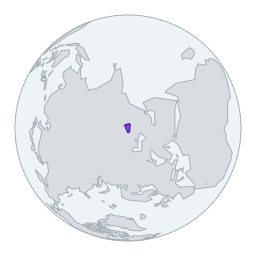 Mary highlighted on a globe, orthographic projection, rotated 202°
{"feature_id": "TKM-360", "entity_name": "Mary", "entity_type": "Province", "adm_level": 1, "iso_a3": "TKM", "parent_name": "Turkmenistan", "parent_adm1": "", "projection": "orthographic", "projection_center": [62.192, 37.327], "detail": "fine", "context": "on_globe", "style": "filled", "palette": "violet", "viewbox_px": 256, "rotation_deg": 202, "n_neighbors": 0, "source": "natural_earth", "source_scale": "10m", "svg_char_len": 11464}
<svg xmlns="http://www.w3.org/2000/svg" viewBox="0 0 256 256"><g transform="rotate(202 128 128)"><circle cx="128" cy="128" r="113" fill="#eef3f6" stroke="#a8b0b8"/><path d="M140.8,16.1L144.7,17.3L154.8,20.8L160.2,22.0L157.3,21.9L169.0,24.8L175.9,28.0L166.8,24.3L164.8,24.0L168.8,26.0L167.6,26.2L168.9,27.3L167.2,27.4L161.9,25.6L160.7,25.7L163.6,27.2L163.7,28.4L159.6,26.2L159.3,28.2L150.5,26.1L141.0,21.1L134.7,21.1L121.3,19.4L121.1,20.1L115.9,20.2L113.8,21.2L111.9,20.9L111.9,22.0L114.0,22.1L114.7,22.7L113.7,23.4L111.1,23.0L111.2,22.6L109.9,22.8L109.1,22.4L108.9,23.0L105.9,22.6L107.3,24.0L103.6,24.6L102.0,24.1L104.2,22.8L106.1,19.3L105.2,18.9L101.6,19.3L90.6,22.7L88.7,23.0L84.7,24.4L84.7,24.7L87.9,23.8L87.0,25.0L91.1,24.0L91.3,24.5L94.6,24.3L91.8,25.8L87.4,27.6L84.5,27.9L82.4,28.8L83.3,29.9L76.2,32.3L68.5,37.1L66.9,37.7L67.1,35.8L71.7,31.9L71.9,30.6L69.5,33.2L65.5,35.1L63.9,36.3L62.8,37.3L63.4,37.3L61.5,38.5L63.3,36.1L65.0,35.0L64.4,35.7L66.5,34.0L67.7,32.9L65.6,34.2L65.8,34.1L72.5,30.0L79.5,26.3L86.7,23.2L94.1,20.6L101.7,18.5L109.4,16.9L117.2,15.9L125.1,15.4L132.9,15.5L140.8,16.1ZM145.7,16.8L143.9,16.6L144.0,16.5L145.0,16.7L145.7,16.8ZM164.3,23.1L162.0,22.2L164.7,23.1L164.3,23.1ZM169.4,27.5L170.4,27.8L170.6,28.3L169.4,27.5ZM95.9,23.5L95.2,23.8L94.9,23.7L95.9,23.5ZM97.9,23.1L98.0,22.6L99.0,22.3L98.9,22.6L97.9,23.1ZM168.2,29.0L168.2,29.9L167.3,28.6L168.2,29.0ZM97.5,23.8L100.7,22.0L102.5,21.6L103.5,22.5L97.5,23.8ZM167.7,30.2L167.8,32.6L170.1,33.4L163.8,33.0L165.7,30.8L164.2,29.1L166.2,30.1L167.7,30.2ZM115.2,21.9L112.8,21.8L115.7,21.3L115.2,21.9ZM116.9,21.5L124.8,19.7L127.7,20.4L124.4,20.8L129.0,21.4L126.5,22.6L123.5,22.5L122.1,21.8L122.2,22.9L116.9,21.5ZM160.2,32.5L159.5,32.9L159.3,32.1L160.2,32.5ZM115.2,22.9L116.6,22.4L119.2,23.0L117.0,24.1L116.9,23.5L115.2,22.9ZM131.4,21.1L133.0,21.8L131.4,23.0L131.8,23.4L126.7,22.7L131.4,21.1ZM115.7,23.8L115.8,24.7L113.6,25.1L114.1,23.5L115.7,23.8ZM120.8,22.7L122.0,23.0L120.6,23.2L120.8,22.7ZM105.9,27.3L107.5,26.5L109.0,26.7L105.9,27.3ZM116.0,25.0L116.7,24.9L117.5,24.9L117.1,25.6L116.0,25.0ZM126.0,23.6L125.0,24.0L128.0,24.0L126.9,25.0L123.7,24.4L124.6,25.0L124.3,25.4L122.1,24.5L126.0,23.6ZM119.0,26.5L114.6,26.3L111.4,27.7L110.0,27.5L115.4,25.4L119.0,26.5ZM121.0,25.4L119.4,26.0L118.5,25.4L118.9,24.6L121.0,25.4ZM127.3,25.9L129.8,24.5L130.4,24.7L127.3,25.9ZM118.3,27.0L119.3,27.0L118.2,27.2L118.3,27.0ZM124.8,26.3L125.5,25.8L126.2,26.0L124.8,26.3ZM120.9,27.7L119.4,27.6L119.7,27.0L120.9,27.7ZM122.8,27.1L123.5,27.6L120.7,26.8L123.0,26.8L122.8,27.1ZM125.3,26.6L125.9,26.6L124.8,26.8L125.3,26.6ZM120.7,30.1L117.0,29.3L117.6,27.9L121.1,28.9L120.7,30.1ZM20.6,136.1L20.8,116.9L23.1,113.3L25.3,106.5L43.2,96.3L45.0,100.6L56.8,106.6L57.9,108.5L54.4,113.3L61.5,125.9L66.4,123.0L74.9,131.1L82.0,133.4L88.3,123.8L76.8,119.7L76.9,113.7L87.8,112.6L98.3,116.5L98.7,114.3L93.8,107.8L98.0,104.9L92.4,105.3L93.3,107.9L89.8,108.4L88.7,106.0L90.2,105.0L87.6,103.0L81.0,108.8L81.3,112.2L73.2,110.3L72.9,115.8L70.1,117.1L69.6,108.4L71.0,105.9L68.6,95.1L66.4,97.5L68.5,107.9L67.0,106.4L64.0,110.2L65.2,106.2L63.4,94.5L57.4,92.5L46.6,98.2L43.7,96.5L42.7,92.0L49.9,82.7L55.5,87.6L58.1,84.8L59.7,78.5L61.2,80.7L62.6,78.9L64.9,80.6L71.0,78.4L73.8,79.8L78.7,74.8L80.9,74.9L77.3,77.8L76.4,80.7L83.7,84.4L85.9,83.9L88.5,80.5L90.2,82.1L91.8,78.3L97.3,79.0L92.0,75.1L94.9,71.4L99.6,69.8L99.6,68.0L91.9,70.7L89.8,72.5L89.4,75.1L82.6,80.0L79.5,79.6L83.0,72.3L79.0,71.2L83.5,66.3L101.5,61.2L107.7,61.5L112.4,69.7L109.5,71.6L106.3,69.5L106.9,74.8L108.0,72.7L109.4,74.3L112.6,71.5L113.7,72.4L114.8,68.3L116.5,69.1L115.8,71.8L122.0,68.8L126.4,70.0L127.2,69.0L126.9,67.4L132.6,70.2L133.0,69.3L131.3,68.0L130.9,65.4L132.4,62.1L134.3,63.2L134.0,64.6L136.2,69.3L135.1,73.1L136.1,73.2L137.5,70.3L134.8,64.4L135.2,62.1L136.9,64.6L136.3,63.5L137.1,62.7L139.7,63.1L138.0,60.3L144.1,51.3L149.7,51.4L150.5,54.5L156.8,50.3L162.6,51.4L161.0,50.2L162.9,47.7L161.2,47.3L160.5,46.5L164.7,40.7L167.1,40.5L167.1,37.1L166.2,36.6L164.4,36.5L163.8,33.0L170.1,33.4L171.7,34.6L174.6,34.3L177.8,37.3L181.7,39.9L183.4,43.8L186.4,45.7L187.2,45.4L191.9,48.0L198.6,54.9L189.6,50.6L178.7,41.8L182.9,45.4L180.9,45.1L181.7,46.8L184.7,49.4L185.7,49.4L185.1,57.3L190.2,66.4L192.4,63.9L195.8,65.0L203.5,74.6L206.7,92.6L211.2,95.5L212.8,98.4L211.8,101.9L209.4,97.6L206.6,97.5L205.5,94.8L203.0,99.2L201.3,95.5L200.2,101.1L202.8,103.3L205.6,100.5L205.4,107.3L210.8,110.3L213.5,116.2L211.7,130.6L206.7,137.4L206.8,139.5L203.7,138.7L201.2,144.2L208.3,152.4L208.7,155.5L203.9,164.0L203.5,161.9L195.3,159.7L195.0,167.4L201.2,170.9L203.4,176.7L199.1,176.6L196.7,171.5L193.8,170.5L193.8,164.0L189.8,155.5L185.4,158.9L184.9,154.9L178.7,148.3L171.9,152.9L161.7,165.9L161.6,175.9L157.5,180.8L149.3,167.7L147.0,157.9L143.2,159.2L135.4,151.1L119.5,150.4L118.0,147.6L114.9,148.7L109.6,145.5L107.6,140.8L104.0,140.6L109.4,152.9L113.4,153.1L117.8,149.0L118.4,153.2L123.7,157.1L115.0,166.2L92.7,171.5L91.9,163.8L82.0,139.3L83.1,137.0L83.1,136.7L83.0,136.2L80.7,139.7L79.5,134.8L83.3,151.7L83.4,158.2L92.4,171.9L91.2,172.8L94.5,175.8L106.8,174.9L106.6,177.3L100.0,187.4L84.2,198.0L87.1,207.1L87.3,213.6L79.2,215.4L81.8,220.3L77.9,220.4L78.8,222.7L76.7,223.8L72.5,223.6L63.5,219.1L61.4,216.9L54.7,210.3L44.7,195.3L45.4,190.9L44.0,185.7L37.6,170.5L38.9,164.8L37.5,160.9L34.6,159.1L33.2,154.3L31.5,152.7L22.3,144.3L20.6,136.1ZM34.8,104.4L33.8,106.2L33.7,106.3L34.8,104.4ZM107.9,126.1L115.1,127.7L114.3,120.4L117.0,120.4L115.7,118.0L114.2,119.8L111.4,113.3L115.4,111.8L115.8,108.8L113.4,108.1L106.6,112.0L110.4,121.1L107.8,123.6L107.9,126.1ZM65.4,35.2L65.2,35.5L63.8,36.6L63.9,36.3L65.4,35.2ZM60.9,41.1L58.1,42.9L60.2,41.3L59.8,41.0L63.7,37.5L66.3,37.8L64.4,38.2L60.9,41.1ZM69.6,33.4L66.9,35.3L69.8,33.2L69.6,33.4ZM67.6,68.0L67.5,70.0L65.3,71.5L61.7,70.5L64.9,68.2L67.6,68.0ZM67.9,72.4L72.4,65.8L74.8,66.4L72.7,67.2L73.8,68.2L70.7,69.7L68.6,77.1L66.5,79.0L61.1,75.6L64.0,75.6L63.9,73.5L67.9,72.4ZM79.6,50.3L81.6,48.1L84.2,52.2L82.1,53.8L78.4,52.7L78.7,50.2L79.6,50.3ZM98.8,26.0L99.3,25.4L100.1,25.4L100.2,26.0L98.8,26.0ZM106.5,26.9L97.0,28.9L97.1,28.3L91.3,30.6L89.5,29.8L93.4,28.3L87.6,29.6L90.4,27.9L86.4,29.0L95.2,25.7L97.4,24.4L95.6,26.1L97.2,26.8L98.5,26.7L104.0,25.7L109.6,23.6L112.1,24.2L112.3,25.2L111.4,25.8L110.1,25.2L109.7,26.4L107.1,26.0L106.5,26.9ZM113.8,40.2L112.8,38.6L111.6,42.2L109.0,41.3L109.0,41.8L106.2,42.0L103.0,43.2L102.1,42.5L101.2,43.3L99.4,43.6L97.8,44.5L95.7,43.7L93.7,44.7L93.9,43.7L90.9,45.9L92.2,44.0L89.9,44.3L89.9,46.0L82.2,40.6L78.1,40.3L73.9,41.2L76.6,38.1L82.2,35.5L88.8,33.8L92.4,34.7L93.0,33.3L94.9,33.4L93.7,34.4L96.7,32.9L97.9,33.3L103.8,32.5L107.4,30.3L109.7,30.1L108.9,31.2L111.6,30.3L111.6,32.2L113.2,32.2L114.8,34.2L112.4,36.5L114.3,36.3L115.6,38.0L113.8,40.2ZM121.0,30.7L118.6,33.4L116.0,34.3L114.3,30.4L112.9,30.2L111.7,28.0L115.5,26.9L115.5,27.5L116.4,28.0L114.8,28.2L116.7,28.3L116.7,29.3L118.2,29.8L117.0,30.5L121.0,30.7ZM60.5,107.5L61.6,108.5L63.6,109.4L61.8,111.9L60.5,107.5ZM59.1,99.6L60.3,99.9L58.7,103.6L57.6,102.7L59.1,99.6ZM62.4,97.1L60.5,99.7L60.9,97.7L62.4,97.1ZM78.6,78.0L80.0,78.2L79.6,79.1L78.2,80.1L78.6,78.0ZM109.8,51.8L109.6,50.5L110.4,50.3L112.1,47.5L114.2,48.1L113.9,50.0L109.8,51.8ZM85.6,124.9L82.7,126.3L82.0,124.9L83.1,124.7L85.6,124.9ZM71.1,119.1L73.7,121.9L70.5,119.8L71.1,119.1ZM112.4,52.0L112.8,50.7L113.6,51.8L112.4,52.0ZM115.8,48.4L116.9,49.5L114.6,47.9L115.8,48.4ZM136.7,240.0L138.2,240.1L136.3,240.2L136.7,240.0ZM105.9,216.1L101.4,225.6L96.2,224.7L94.1,221.5L95.0,215.5L100.7,214.6L103.2,211.8L105.9,216.1ZM220.9,179.8L222.7,178.6L222.5,179.0L220.9,179.8ZM219.1,180.0L221.3,178.4L218.6,181.2L219.1,180.0ZM222.1,177.8L224.3,175.1L225.3,173.7L225.0,174.7L222.1,177.8ZM217.6,181.2L208.4,187.0L204.5,188.1L205.6,186.2L211.9,183.0L217.6,181.2ZM205.3,186.3L199.1,185.2L189.2,176.4L192.8,175.3L202.9,178.9L202.3,180.5L206.0,181.9L205.3,186.3ZM219.5,170.1L218.9,174.4L214.0,177.4L211.6,178.2L210.1,174.1L211.0,171.0L212.9,169.9L219.5,156.1L222.0,156.6L220.3,161.9L222.2,164.0L219.5,170.1ZM162.2,176.7L165.3,181.9L162.9,183.2L162.2,176.7ZM221.4,147.7L219.3,153.7L220.9,146.5L221.4,147.7ZM221.9,141.4L222.4,143.4L221.0,142.2L221.9,141.4ZM207.5,142.5L205.4,144.2L205.0,142.7L207.4,139.7L207.5,142.5ZM215.6,121.3L217.0,125.8L217.1,127.5L215.5,125.5L215.6,121.3ZM130.8,57.2L126.0,60.2L124.0,63.2L125.0,65.9L121.5,63.5L124.7,58.9L130.8,57.2ZM142.3,51.8L141.4,49.7L143.1,49.9L143.5,50.4L142.3,51.8ZM140.8,51.0L137.2,49.7L137.5,48.1L140.3,49.4L140.8,51.0ZM124.6,50.5L123.1,51.3L122.5,50.3L124.6,50.5ZM207.0,208.3L204.3,210.9L202.2,212.5L204.7,210.0L206.8,205.9L207.6,205.3L209.5,201.5L218.6,191.6L225.7,179.6L228.5,176.5L232.0,168.0L234.1,164.5L232.2,170.1L232.8,169.2L229.0,177.8L224.5,186.1L219.3,194.0L213.5,201.4L207.0,208.3ZM235.6,161.2L237.1,155.9L236.9,157.0L235.6,161.2ZM225.2,176.2L227.9,171.0L229.1,169.5L225.2,176.2ZM238.7,148.7L237.6,153.7L235.8,158.1L236.6,155.3L236.7,153.2L234.1,156.8L233.6,156.0L234.7,153.1L232.7,154.7L235.0,150.6L235.7,152.9L236.9,148.0L238.4,145.3L239.4,143.1L239.7,142.9L239.5,144.0L239.4,144.7L238.7,148.7ZM234.5,158.7L234.8,158.1L234.4,159.7L234.5,158.7ZM229.8,161.9L229.6,163.1L228.9,163.1L229.8,161.9ZM230.7,160.3L232.7,158.8L230.5,161.4L230.7,160.3ZM223.5,163.8L224.3,165.6L226.7,161.9L224.8,165.8L226.2,168.3L225.5,170.3L224.2,167.5L223.3,172.4L222.2,173.3L221.9,170.0L223.1,164.3L224.2,161.4L228.4,156.7L223.5,163.8ZM230.8,157.3L230.2,155.1L230.6,152.6L231.3,153.5L230.8,157.3ZM228.1,149.9L226.0,148.2L224.5,150.9L227.1,143.1L228.7,146.1L228.1,149.9ZM225.7,143.8L224.3,146.4L225.4,142.1L225.7,143.8ZM223.7,145.5L223.2,143.3L224.4,142.5L223.7,145.5ZM226.5,143.2L226.0,138.8L227.0,140.7L226.5,143.2ZM221.5,138.3L225.0,140.0L221.2,141.3L219.1,133.4L220.6,131.9L221.5,138.3ZM217.5,98.5L216.1,96.5L216.9,94.8L217.6,96.6L217.5,98.5ZM218.1,88.0L216.6,93.7L215.2,98.6L216.5,98.8L217.8,103.3L214.8,100.9L214.5,94.7L215.9,91.8L214.4,88.2L214.3,84.4L211.6,80.8L211.0,78.4L213.9,80.9L218.1,88.0ZM210.4,79.4L205.6,72.5L207.9,71.2L209.5,72.4L210.7,76.0L209.4,76.5L210.4,79.4ZM205.2,70.6L203.9,71.0L194.2,63.6L192.7,61.8L201.3,66.3L200.5,67.1L202.5,69.3L205.2,70.6ZM160.6,33.4L159.6,32.9L160.7,32.9L160.6,33.4ZM159.5,46.4L158.8,45.3L160.2,45.2L159.5,46.4ZM157.7,42.4L156.7,43.3L157.0,41.9L157.7,42.4ZM154.5,45.3L155.9,43.4L155.7,45.9L154.5,45.3Z" fill="#d9dde1" stroke="#a8b0b8" stroke-width="1"/><path d="M132.0,128.9L131.8,129.2L131.8,129.3L131.8,129.5L131.8,129.8L131.7,130.0L131.4,130.1L131.3,130.3L131.2,130.3L131.2,130.2L131.1,130.3L130.9,130.4L130.9,130.5L130.7,130.5L130.4,130.7L130.2,130.7L130.1,130.8L129.8,130.9L129.5,130.9L129.4,130.9L129.4,131.0L129.5,131.0L129.6,131.3L129.4,131.3L129.4,131.5L129.5,131.5L129.4,131.6L129.3,131.8L129.2,131.8L128.9,132.0L128.7,132.1L128.4,132.0L128.2,132.3L128.1,132.2L128.0,131.9L127.9,131.9L127.7,131.7L127.4,131.8L127.1,131.7L126.9,131.6L126.8,131.4L127.0,131.1L126.9,131.0L126.9,130.9L127.0,130.8L127.0,130.7L126.9,130.6L126.9,129.9L126.9,129.3L126.8,129.1L126.5,128.5L126.4,128.4L126.1,127.9L126.3,127.9L126.4,128.0L126.5,128.1L126.5,128.3L126.8,128.2L126.7,128.0L126.4,127.9L126.2,127.9L126.0,127.4L126.1,127.2L126.0,126.9L126.0,126.6L125.9,126.5L125.5,126.1L125.3,125.2L125.5,125.2L125.5,124.9L125.7,124.7L125.8,124.2L126.1,124.1L126.2,123.7L126.5,123.7L126.6,123.8L126.8,124.0L127.1,124.3L128.3,125.6L128.8,126.2L129.0,126.3L129.5,126.5L130.1,127.2L130.4,127.4L130.4,127.5L130.2,127.8L130.0,128.0L130.1,128.9L130.5,128.9L130.9,128.9L131.3,128.9L131.6,128.9L132.0,128.9L132.0,128.9Z" fill="#8b5cf6" stroke="#5b21b6" stroke-width="1.5"/></g></svg>